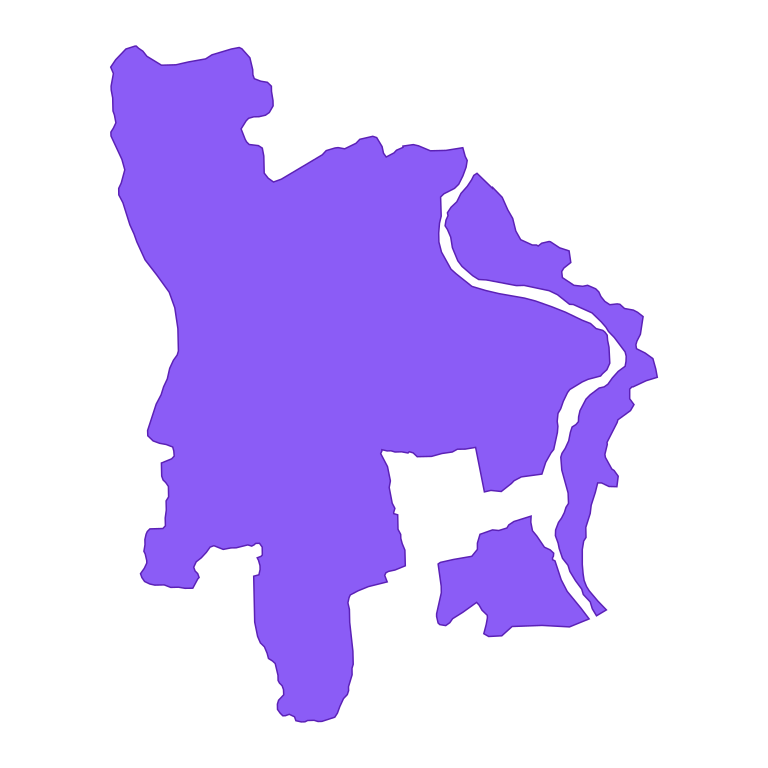 Markz Mallawi, Al Minya, Egypt (Mercator projection)
{"feature_id": "37247803B90937698610862", "entity_name": "Markz Mallawi", "entity_type": "district", "adm_level": 2, "iso_a3": "EGY", "parent_name": "Egypt", "parent_adm1": "Al Minya", "projection": "mercator", "projection_center": [30.813, 27.775], "detail": "fine", "context": "isolated", "style": "filled", "palette": "violet", "viewbox_px": 768, "rotation_deg": 0, "n_neighbors": 0, "source": "geoboundaries", "source_scale": "gbopen_adm2", "svg_char_len": 6106}
<svg xmlns="http://www.w3.org/2000/svg" viewBox="0 0 768 768"><path d="M541.9,474.1L545.7,462.3L551.0,452.9L553.7,449.5L557.4,432.5L557.9,426.3L557.2,421.4L558.0,413.4L560.7,408.8L563.3,401.3L567.5,392.6L569.8,389.5L582.3,381.9L588.1,379.3L600.6,376.0L602.4,373.8L606.9,369.7L609.8,363.2L609.0,347.2L607.6,340.4L607.2,335.2L605.0,332.2L602.8,330.4L596.1,328.6L590.5,323.5L582.1,320.2L565.5,312.2L551.9,306.8L535.5,301.0L524.5,298.1L498.9,293.6L485.7,290.5L471.9,286.4L456.0,273.7L451.0,269.2L441.5,252.1L438.9,242.0L438.7,233.1L439.5,223.2L441.2,216.1L440.6,197.0L443.9,193.8L454.5,188.4L458.7,184.3L462.9,175.9L466.1,167.2L467.2,160.4L465.2,156.4L462.8,147.7L446.0,150.4L430.4,150.8L418.5,145.8L413.3,144.6L402.9,146.1L403.0,147.4L396.5,150.2L394.0,152.9L386.2,157.0L383.5,153.2L382.1,146.6L376.7,137.6L372.8,136.3L359.8,139.3L356.0,143.3L344.7,148.8L338.1,147.6L334.9,148.0L326.2,150.6L322.3,154.8L281.3,179.2L273.5,182.0L268.2,178.2L264.2,173.1L263.8,156.0L262.3,148.1L258.4,145.6L249.2,144.5L246.6,141.9L245.2,139.4L241.1,128.9L246.1,120.9L248.6,118.3L253.8,116.8L259.0,116.7L265.5,115.2L269.3,112.5L273.1,105.9L273.0,100.6L271.5,91.4L271.4,86.2L267.4,82.3L260.8,81.2L254.3,78.7L252.9,74.8L252.7,69.6L249.9,57.8L241.9,48.8L239.2,47.5L231.4,49.0L212.0,54.8L205.6,58.9L188.7,61.9L175.8,64.8L161.5,65.2L146.9,56.3L142.9,51.2L138.5,48.2L136.3,46.1L135.0,46.1L125.9,49.0L115.7,59.7L110.7,67.1L113.4,73.5L111.1,86.1L111.2,90.0L112.7,97.9L113.0,111.0L114.4,114.9L115.9,122.8L113.4,128.1L110.9,132.1L111.0,136.0L121.9,159.4L124.8,169.8L121.2,183.1L118.7,188.4L118.8,194.9L122.9,202.7L129.9,224.9L134.0,233.9L136.8,241.8L145.1,259.9L157.1,275.4L169.2,292.2L174.8,307.8L177.9,328.7L178.4,351.0L177.2,355.0L173.4,360.3L169.7,368.3L167.3,378.9L163.6,386.8L161.1,394.8L156.2,404.1L147.6,430.5L147.8,435.8L153.1,440.9L159.6,443.3L166.2,444.5L172.7,447.0L173.8,451.0L174.2,456.1L171.7,458.8L161.4,463.0L161.7,476.1L163.1,480.0L165.7,482.5L168.4,486.4L168.6,496.9L166.1,500.9L166.3,510.1L165.2,518.0L165.4,525.8L162.9,528.5L149.9,528.9L147.3,531.5L146.1,534.2L144.9,539.5L145.0,544.7L143.9,551.3L145.2,553.9L146.7,560.4L146.8,563.0L144.3,568.3L140.5,573.7L141.9,577.6L144.6,581.5L149.8,584.0L154.8,585.1L164.2,584.9L170.7,587.4L178.5,587.2L185.0,588.3L192.8,588.2L197.8,578.9L199.1,577.5L197.7,573.6L195.1,571.0L193.7,567.2L196.2,561.8L201.3,557.8L206.3,552.4L210.1,547.1L213.9,545.7L223.2,549.4L231.0,547.9L236.2,547.8L247.8,544.9L251.7,546.1L254.3,544.7L255.6,543.4L259.5,543.3L262.2,547.1L262.3,553.4L262.3,555.0L261.1,556.3L257.2,557.8L258.5,560.3L260.0,565.6L260.1,569.5L258.9,574.8L253.7,576.2L254.7,622.1L257.6,636.4L260.4,642.9L264.4,646.8L267.1,653.2L268.5,658.5L272.5,661.0L275.2,663.5L278.0,675.3L278.1,680.5L279.5,683.1L282.1,685.7L283.5,689.6L283.7,694.8L278.6,700.2L277.4,704.1L277.5,709.4L280.2,713.2L282.8,715.8L285.4,715.7L289.3,714.3L294.5,716.8L295.9,720.7L301.2,721.9L305.0,721.8L307.6,720.5L311.0,720.4L314.1,720.3L318.0,721.5L321.9,721.4L334.8,717.2L337.4,713.2L339.8,706.6L343.5,698.6L347.3,694.6L348.6,690.6L348.5,686.7L352.1,674.8L352.0,668.3L353.2,664.3L352.9,651.2L349.7,622.4L349.4,609.3L347.9,602.8L349.1,597.5L350.3,594.9L358.1,590.8L368.4,586.6L387.2,581.9L384.7,575.4L385.9,572.8L388.5,571.4L395.0,570.0L405.3,565.8L404.9,550.1L402.2,543.6L400.8,538.4L400.7,534.4L398.0,529.3L397.7,514.8L393.7,513.6L393.7,512.3L394.9,508.4L392.2,503.2L389.2,487.5L390.4,480.9L387.5,466.6L380.7,453.6L381.9,451.0L381.9,449.7L387.1,450.9L391.0,450.8L395.0,452.0L401.5,451.8L408.0,453.0L409.3,451.7L413.2,452.9L417.2,456.7L431.5,456.4L441.9,453.5L452.3,452.0L457.4,449.2L465.2,449.1L475.6,447.4L484.4,491.9L490.9,490.4L501.3,491.5L511.5,483.4L514.1,480.7L521.3,476.9L541.9,474.1ZM596.5,615.8L606.4,609.9L597.9,601.1L589.2,590.8L586.5,586.5L584.1,580.4L583.1,573.8L582.3,564.5L582.3,549.5L583.7,541.0L586.0,537.5L585.8,527.4L590.2,513.5L591.2,505.2L595.3,492.4L597.7,482.9L601.5,482.9L609.0,486.5L616.9,486.7L618.2,476.2L614.1,470.5L611.8,469.0L605.4,457.4L604.9,454.3L607.3,444.4L607.0,442.4L617.1,422.6L617.9,419.8L630.5,410.6L634.0,404.6L629.7,398.8L629.7,389.1L632.0,386.8L633.0,386.9L646.2,380.7L657.3,377.3L655.8,369.1L652.9,358.6L645.1,353.0L636.5,348.7L635.9,344.8L636.9,341.2L640.4,334.3L643.1,316.6L637.6,312.3L633.4,310.1L624.5,308.5L619.9,304.3L617.2,303.9L609.8,304.7L604.8,301.4L600.9,296.5L598.8,291.9L595.7,288.8L587.6,285.3L582.7,286.3L573.9,285.3L562.4,277.6L561.7,271.6L563.8,268.1L570.8,262.5L569.1,250.9L559.6,247.8L550.5,241.8L549.1,241.5L541.7,243.2L538.2,246.0L536.5,245.0L532.3,245.0L520.7,239.7L515.8,231.0L512.7,218.4L507.8,209.9L502.2,197.3L492.7,187.5L492.5,188.3L477.0,173.3L473.8,175.4L471.6,179.8L467.3,186.3L461.0,193.4L456.8,201.8L451.0,207.3L447.4,212.8L448.0,215.7L446.0,220.1L445.1,225.8L447.5,229.6L450.7,237.1L452.4,247.7L457.8,260.8L462.0,266.4L472.7,275.7L478.7,279.5L486.2,279.9L516.4,285.6L524.1,285.4L549.2,290.7L557.5,294.7L569.5,304.3L573.3,304.5L592.0,312.9L601.2,321.8L605.9,327.2L608.5,331.5L614.3,337.5L625.1,351.9L626.2,356.2L626.0,361.4L625.1,366.3L618.2,371.4L612.4,377.9L607.9,384.2L604.1,386.9L599.2,388.0L590.1,394.9L586.0,399.1L580.0,410.6L578.6,416.8L578.4,421.7L575.9,424.6L572.1,427.0L570.4,432.2L568.7,440.8L565.2,448.4L562.0,453.3L560.8,457.2L561.8,470.1L568.1,493.0L568.5,503.4L566.0,507.3L564.3,512.7L561.6,518.0L558.5,522.4L555.6,530.0L555.4,535.7L558.1,543.1L559.2,548.5L562.5,558.3L568.0,565.3L569.9,571.5L575.5,580.7L581.7,589.1L583.3,594.5L590.2,601.9L592.3,608.8L596.5,615.8ZM438.1,564.0L441.2,586.2L441.3,592.8L436.6,613.8L436.6,616.5L438.1,623.0L439.8,624.6L445.7,625.6L449.8,622.7L452.6,618.7L462.8,612.3L476.6,602.4L479.1,605.1L482.0,610.2L487.3,615.3L487.4,617.9L486.2,624.5L483.8,633.7L488.7,636.5L501.8,635.8L512.1,626.5L542.0,625.4L569.5,626.9L589.1,618.9L580.9,608.1L567.2,591.4L561.2,579.8L555.0,560.9L552.6,559.7L552.5,557.8L553.4,556.3L553.7,553.2L550.2,549.9L544.4,547.2L536.8,536.0L532.5,530.8L530.8,522.2L531.1,516.1L513.9,521.5L508.8,524.9L506.9,528.0L498.8,530.5L492.5,529.9L480.0,534.3L477.4,543.1L477.4,549.4L471.8,556.3L453.3,559.5L440.4,562.4L438.1,564.0Z" fill="#8b5cf6" stroke="#5b21b6" stroke-width="1.5"/></svg>